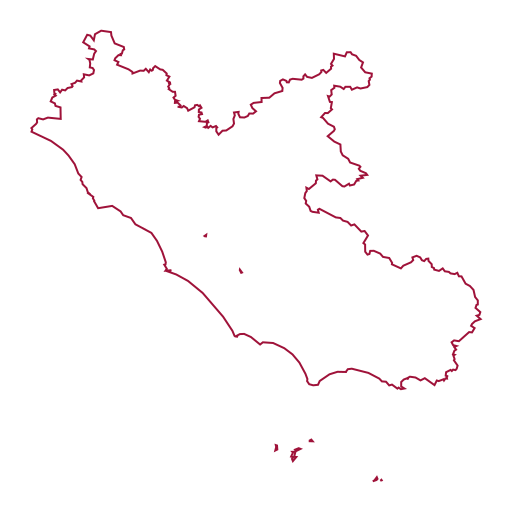 outline of Lazio, Roma, Italy
{"feature_id": "23120603B86473916475875", "entity_name": "Lazio", "entity_type": "district", "adm_level": 2, "iso_a3": "ITA", "parent_name": "Italy", "parent_adm1": "Roma", "projection": "natural_earth1", "projection_center": [12.727, 41.812], "detail": "fine", "context": "isolated", "style": "outline", "palette": "rose", "viewbox_px": 512, "rotation_deg": 0, "n_neighbors": 0, "source": "geoboundaries", "source_scale": "gbopen_adm2", "svg_char_len": 5919}
<svg xmlns="http://www.w3.org/2000/svg" viewBox="0 0 512 512"><path d="M32.3,129.4L31.5,131.7L51.1,141.0L63.1,149.7L68.5,155.5L74.7,164.2L78.3,173.5L81.6,177.0L80.6,179.9L82.3,181.9L82.6,184.2L86.5,188.1L87.8,192.2L90.4,194.4L87.2,192.6L93.3,196.9L92.9,198.3L94.6,201.2L93.8,200.7L98.1,208.2L112.2,205.9L120.6,211.4L123.2,215.2L131.0,218.0L135.4,224.3L151.4,232.9L157.0,240.9L162.2,251.6L165.8,262.3L165.5,264.4L164.3,264.7L166.8,268.8L165.5,270.7L171.4,270.2L167.6,271.4L176.3,274.5L188.1,281.0L202.7,293.0L223.1,316.7L232.4,330.8L234.5,335.8L235.2,336.4L237.9,336.8L236.5,335.9L239.9,334.1L244.1,333.9L250.9,337.0L260.1,344.5L262.9,342.3L273.1,343.0L284.3,348.2L292.5,354.4L299.4,362.6L305.4,373.7L307.4,379.0L307.1,381.1L309.2,384.2L313.2,385.3L318.0,384.8L319.7,381.0L329.5,374.3L337.5,371.8L346.8,372.0L346.1,371.8L346.2,371.4L347.8,369.2L351.8,368.7L368.4,372.9L379.3,378.6L381.9,381.4L386.0,381.7L389.2,385.4L392.0,384.6L397.4,388.6L398.6,387.6L400.9,389.2L404.4,388.5L401.2,386.5L401.2,382.0L403.8,379.5L406.9,378.3L407.4,378.8L408.8,378.4L407.4,378.1L409.9,376.7L415.5,377.5L420.5,380.4L424.8,378.2L434.5,385.1L436.8,380.5L438.7,381.1L443.4,379.3L444.0,380.5L445.4,378.5L447.0,378.6L446.5,376.4L448.1,376.4L445.7,375.6L446.1,372.2L450.6,369.9L451.8,371.0L453.1,369.6L455.5,370.1L456.7,368.7L457.6,365.6L453.9,360.3L454.6,359.1L453.4,355.6L454.6,354.8L453.0,354.3L454.4,350.7L456.1,349.6L454.2,347.0L456.4,346.0L453.1,345.1L451.6,342.3L454.1,340.4L458.9,341.2L469.1,332.1L472.0,332.4L474.6,328.1L471.1,325.8L472.0,324.0L474.9,321.3L480.6,319.1L476.7,315.7L479.4,314.9L480.3,312.1L475.5,307.9L476.5,304.9L477.8,304.5L477.8,300.4L475.1,297.0L473.5,289.9L469.9,286.0L465.6,283.7L461.5,276.4L458.9,276.3L457.3,272.8L454.7,274.1L450.5,273.4L448.9,271.9L444.8,271.3L442.7,268.4L439.0,270.9L434.2,269.6L434.0,268.1L431.8,267.0L431.7,264.2L428.5,260.9L428.3,258.6L426.2,258.9L424.2,261.1L421.9,260.2L420.2,257.4L416.6,255.8L412.4,257.4L413.2,260.1L411.0,262.3L403.3,265.7L400.9,268.4L391.9,264.3L392.1,262.8L389.2,258.0L383.0,256.9L380.2,253.6L373.8,250.8L370.2,250.9L369.4,254.0L367.5,254.6L365.2,251.7L365.1,244.5L363.4,243.1L368.0,235.5L364.6,231.0L361.3,231.6L354.4,224.4L351.1,225.5L347.6,221.9L343.0,220.6L340.4,218.0L335.8,217.4L319.4,208.8L317.9,209.7L318.7,212.7L312.4,211.8L310.6,210.9L309.2,206.7L305.7,203.5L306.2,200.9L304.3,198.1L305.3,193.1L306.8,191.0L306.4,187.7L308.9,189.0L315.8,183.3L316.0,180.6L317.4,179.4L316.3,175.4L322.5,175.7L330.6,181.4L332.9,179.6L335.0,179.8L342.4,186.2L344.4,186.5L349.0,183.7L349.9,185.5L354.1,184.5L356.3,180.8L358.3,180.5L357.3,179.1L362.8,177.8L360.6,175.7L367.2,174.9L365.9,173.2L360.3,170.8L358.8,168.8L360.4,166.8L359.4,165.7L350.1,162.5L348.2,158.8L342.7,155.3L340.8,151.5L340.4,144.5L334.3,141.6L327.7,136.2L333.9,130.9L334.8,129.2L333.9,126.7L328.0,123.7L323.1,118.0L321.2,117.2L325.0,113.0L327.8,113.1L332.0,109.4L330.8,108.2L331.9,102.1L329.9,101.9L328.0,96.1L329.6,96.6L331.7,94.5L331.2,90.1L334.4,87.8L334.2,85.7L340.3,86.7L343.7,89.0L345.4,86.8L350.2,86.8L351.9,89.7L357.1,87.4L360.5,88.5L367.3,87.1L369.4,84.9L368.7,81.1L369.9,79.7L369.5,78.3L371.6,76.6L371.8,73.6L365.2,72.3L361.1,67.5L363.0,62.4L359.3,60.0L356.1,55.8L352.0,54.3L350.6,52.2L346.8,52.3L345.0,56.4L333.8,53.7L334.0,58.9L331.0,63.9L332.5,65.6L331.0,66.6L331.1,68.7L326.2,72.9L323.3,69.9L321.2,70.5L321.4,72.0L319.2,74.3L311.9,77.9L307.1,76.9L305.1,74.4L303.4,76.3L303.4,78.6L301.7,79.7L292.7,78.8L290.0,79.6L288.8,82.4L286.8,82.3L286.4,80.9L282.9,79.4L280.2,80.9L279.9,83.0L282.6,87.9L282.3,91.0L274.5,93.3L269.3,97.7L261.5,98.0L261.6,102.0L253.6,102.9L250.8,104.7L252.4,108.1L256.0,111.3L253.1,113.6L249.3,113.5L247.8,116.0L244.4,117.5L240.0,117.3L238.3,113.8L238.6,111.9L234.0,112.5L234.8,115.4L233.4,119.0L234.0,123.6L232.5,126.3L226.2,130.5L222.5,130.7L218.6,134.7L216.3,131.3L216.3,128.1L217.2,127.4L216.0,126.0L212.6,127.4L210.6,125.9L208.2,127.9L207.5,126.9L205.6,127.6L204.4,127.1L206.8,125.9L206.9,123.0L208.4,122.3L207.7,120.4L205.4,121.8L199.0,121.2L200.0,118.8L198.6,116.9L199.0,114.7L202.0,114.1L201.5,112.5L198.8,112.0L198.9,109.5L201.5,107.8L200.0,105.4L199.1,106.3L197.3,104.9L195.0,105.3L194.5,107.3L188.2,110.7L187.1,108.2L183.7,106.0L181.8,107.5L177.6,106.7L179.8,106.8L180.6,105.5L177.6,102.6L174.9,102.9L175.0,101.4L177.6,100.7L174.9,99.7L173.5,97.6L175.6,95.8L175.0,91.8L172.7,91.8L168.7,89.1L169.3,88.2L168.2,86.6L169.5,84.7L169.1,83.6L170.2,83.7L170.0,82.4L166.9,80.6L169.4,76.6L166.4,75.2L166.7,73.5L162.7,69.8L160.2,69.4L155.2,66.1L153.1,68.2L152.8,70.0L151.7,70.7L150.2,69.5L148.8,72.2L145.8,68.8L143.7,70.8L140.1,70.6L132.5,73.5L132.4,71.9L128.5,69.3L117.1,64.7L118.4,62.0L114.5,60.2L115.2,58.3L118.5,55.1L120.9,55.2L120.6,53.9L121.9,53.6L122.8,50.3L124.2,49.4L123.8,47.0L114.7,43.4L111.4,35.6L111.0,32.1L101.2,30.7L95.0,34.2L93.8,40.3L90.3,35.6L87.2,34.8L83.2,42.3L89.6,46.4L89.0,48.4L94.2,49.4L96.0,51.1L94.2,53.7L92.8,59.5L88.3,59.0L89.5,59.9L90.2,63.5L89.8,67.4L92.6,68.0L94.0,70.0L93.3,73.4L89.2,75.4L83.8,74.3L84.1,77.4L81.2,80.4L81.4,81.5L77.0,80.6L75.1,82.8L71.5,84.1L72.6,86.2L71.9,87.1L67.6,88.0L65.2,90.4L62.1,89.7L60.1,92.4L57.8,89.4L54.1,90.0L54.4,93.2L55.3,93.8L54.4,94.5L55.7,95.6L52.3,97.5L50.7,101.4L54.9,103.4L55.5,105.9L60.5,107.4L60.7,118.9L47.9,117.6L43.1,119.4L38.3,118.2L36.9,119.4L37.1,122.4L36.1,123.9L31.4,128.1L32.3,129.4ZM206.0,236.4L204.9,236.3L204.5,236.0L206.2,234.8L206.0,236.4ZM241.2,272.8L239.8,270.1L239.9,269.6L242.0,272.5L241.2,272.8ZM298.7,448.2L295.2,449.6L296.0,450.3L294.5,451.7L292.3,451.8L293.0,452.6L291.1,456.6L293.3,457.1L292.0,458.9L292.9,461.1L296.3,457.0L294.1,456.8L295.6,451.3L300.5,448.9L298.7,448.2ZM376.8,477.2L374.4,480.4L372.8,481.3L376.5,480.0L377.5,478.9L376.8,477.2ZM275.8,445.1L276.2,447.0L275.3,450.5L277.3,449.5L277.0,445.5L275.8,445.1ZM311.3,439.6L309.7,440.5L309.7,441.2L312.7,441.3L311.3,439.6ZM381.4,479.8L380.4,480.7L381.7,480.3L381.4,479.8Z" fill="none" stroke="#9f1239" stroke-width="2"/></svg>